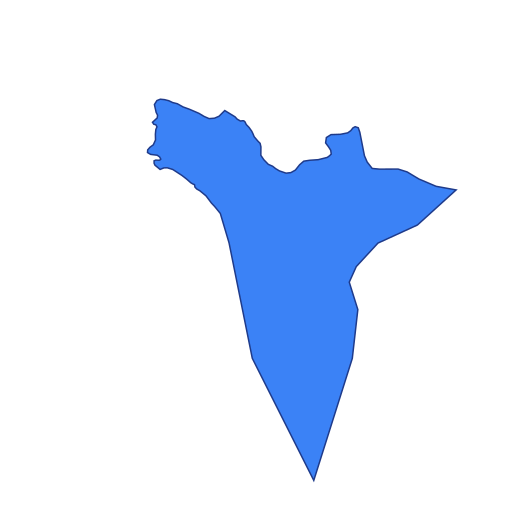 the border of Ma'rib, rotated 121°
{"feature_id": "YEM-337", "entity_name": "Ma'rib", "entity_type": "Governorate", "adm_level": 1, "iso_a3": "YEM", "parent_name": "Yemen", "parent_adm1": "", "projection": "equal_earth", "projection_center": [45.213, 15.324], "detail": "fine", "context": "isolated", "style": "filled", "palette": "blue", "viewbox_px": 512, "rotation_deg": 121, "n_neighbors": 0, "source": "natural_earth", "source_scale": "10m", "svg_char_len": 1556}
<svg xmlns="http://www.w3.org/2000/svg" viewBox="0 0 512 512"><g transform="rotate(121 256 256)"><path d="M213.4,164.6L230.4,162.6L249.5,141.1L294.2,120.7L418.6,90.9L345.6,206.5L258.6,285.9L237.9,308.5L234.8,317.1L233.6,321.4L230.2,329.8L229.0,337.8L229.1,341.3L228.4,343.8L226.5,345.5L226.8,347.2L226.8,349.7L225.8,355.1L225.1,361.0L224.7,371.9L226.1,377.5L227.9,380.3L231.2,382.8L230.2,389.4L229.0,391.1L226.9,392.4L225.4,391.3L224.3,389.2L223.5,387.9L222.0,387.5L220.7,389.7L220.5,392.6L223.2,398.7L223.2,402.3L220.8,403.5L217.4,402.9L213.6,401.3L208.3,401.9L203.4,405.0L199.2,407.0L196.3,407.4L195.1,409.4L195.7,411.5L194.7,413.6L188.5,411.8L186.0,412.9L184.3,415.6L178.5,421.1L173.8,421.0L170.9,418.8L169.1,415.0L167.8,410.7L167.4,406.5L166.0,401.9L165.8,395.3L164.5,388.7L163.1,378.4L163.1,372.4L162.4,367.0L159.3,362.6L155.3,359.7L147.4,357.7L147.5,345.6L148.4,342.6L148.3,338.8L147.1,337.4L146.4,336.1L146.7,334.5L148.3,332.1L149.4,328.1L151.3,323.8L152.9,321.4L154.7,319.0L156.6,313.4L157.3,310.5L159.9,308.0L167.2,303.7L169.4,299.0L171.1,292.7L170.5,288.0L171.0,284.1L171.0,279.8L169.5,272.9L166.6,269.1L162.1,266.5L155.3,265.6L150.1,263.9L146.3,259.3L141.4,252.3L134.8,245.7L132.2,244.6L129.9,244.0L126.9,246.4L125.1,250.0L123.2,254.6L118.2,256.7L113.3,254.2L108.2,246.3L103.2,240.8L99.7,239.3L96.3,238.9L94.1,237.6L93.4,234.4L96.5,230.7L114.2,214.7L118.2,209.1L121.1,201.5L117.9,194.8L108.3,179.0L106.1,169.8L106.1,156.0L103.5,137.5L96.3,118.5L146.3,133.6L182.1,158.1L213.4,164.6Z" fill="#3b82f6" stroke="#1e3a8a" stroke-width="1.5"/></g></svg>